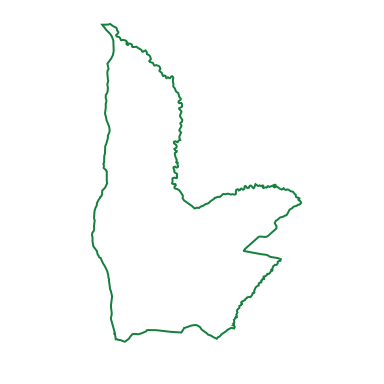 the district of Lisala, Équateur, Democratic Republic of the Congo, rotated 97°
{"feature_id": "63176286B55618881730154", "entity_name": "Lisala", "entity_type": "district", "adm_level": 2, "iso_a3": "COD", "parent_name": "Democratic Republic of the Congo", "parent_adm1": "Équateur", "projection": "orthographic", "projection_center": [20.812, 2.549], "detail": "fine", "context": "isolated", "style": "outline", "palette": "green", "viewbox_px": 384, "rotation_deg": 97, "n_neighbors": 0, "source": "geoboundaries", "source_scale": "gbopen_adm2", "svg_char_len": 6032}
<svg xmlns="http://www.w3.org/2000/svg" viewBox="0 0 384 384"><g transform="rotate(97 192 192)"><path d="M347.5,249.7L347.2,248.8L347.7,247.4L347.7,245.0L348.8,240.8L348.6,240.2L345.3,236.7L343.3,235.8L340.4,233.8L339.9,232.3L339.7,227.8L338.3,224.7L335.9,220.6L334.5,219.7L333.5,210.7L333.4,197.2L332.8,185.5L329.5,183.8L327.8,183.2L327.7,182.5L324.7,176.5L323.8,173.5L323.6,171.7L324.0,169.9L325.0,167.7L327.4,165.6L330.4,160.1L331.5,158.9L332.4,155.1L333.4,153.4L334.6,149.5L332.9,148.5L332.3,147.3L330.7,145.9L329.6,145.4L327.4,142.7L325.4,140.6L324.7,140.3L322.2,136.7L322.0,136.1L322.4,133.7L321.4,133.2L320.3,133.3L319.6,134.0L319.3,135.1L318.4,134.2L317.6,134.3L317.4,134.9L316.3,134.1L313.8,134.8L313.3,134.3L311.8,133.8L310.9,132.2L310.5,132.3L310.2,133.1L309.3,132.5L308.2,133.1L306.1,132.2L304.7,132.9L303.2,132.6L301.3,130.9L299.4,131.1L298.3,129.6L297.6,129.5L297.1,128.7L296.6,128.7L296.2,129.5L295.6,129.7L294.9,129.4L292.7,126.2L291.7,126.0L290.4,124.5L289.9,124.4L289.1,122.4L289.2,121.1L286.6,119.6L285.0,119.5L284.8,118.3L284.0,117.8L282.8,118.3L278.8,117.1L277.3,115.6L276.7,114.5L276.2,114.4L275.6,114.7L273.9,114.1L273.3,112.3L272.7,112.1L272.5,112.5L271.3,112.4L270.4,111.3L269.5,111.2L269.5,110.1L268.9,110.3L268.5,109.9L267.7,110.5L267.2,110.6L266.5,108.8L264.9,107.3L264.1,107.3L264.0,105.9L262.5,104.6L260.9,104.0L260.3,102.7L259.7,102.6L259.3,103.6L258.7,103.0L255.8,102.3L254.2,100.8L254.2,99.8L253.7,98.8L252.0,98.2L251.0,98.4L250.2,97.8L249.5,95.9L247.8,95.7L247.1,99.2L246.9,106.2L245.3,110.0L245.3,115.3L244.3,132.4L244.1,133.3L243.8,133.4L241.7,132.1L228.3,120.3L227.9,119.1L227.7,114.3L227.3,112.4L226.3,111.2L217.9,103.8L215.9,103.9L212.8,106.1L210.3,105.3L209.3,103.9L206.6,101.5L205.1,97.9L204.1,97.0L203.7,95.7L202.9,95.0L197.7,93.0L195.9,90.7L194.1,89.3L193.0,86.5L191.7,85.3L191.7,84.5L190.7,83.1L189.8,82.5L189.0,82.5L187.7,83.8L187.1,85.2L186.4,85.5L185.5,84.5L185.1,84.6L184.7,85.9L184.5,87.7L184.1,88.2L182.0,88.8L181.0,90.3L179.4,91.8L179.2,94.2L178.0,96.4L177.8,97.5L178.5,99.0L177.9,101.0L177.1,101.5L178.6,103.1L178.3,104.7L176.2,108.7L177.4,110.7L177.0,111.6L176.5,111.6L175.4,110.1L174.8,110.0L174.6,110.5L177.5,115.6L176.9,117.4L177.1,117.7L178.1,118.0L178.6,118.6L178.4,119.5L178.6,120.4L179.4,121.5L179.2,122.0L178.6,122.3L177.0,122.2L177.0,123.0L177.7,124.2L177.2,125.8L177.9,126.6L177.9,127.4L176.5,129.9L180.2,130.8L180.7,131.5L178.6,134.1L178.5,135.1L179.7,135.9L180.8,136.0L181.3,137.1L181.0,138.2L179.8,139.1L179.6,139.7L179.9,140.4L182.3,140.5L183.1,140.9L183.5,141.6L182.6,143.5L183.0,144.2L184.1,144.6L184.8,145.7L183.8,146.6L183.7,147.1L184.5,148.3L186.6,148.6L187.7,148.2L188.7,148.3L189.4,149.1L189.2,151.4L189.8,153.2L189.3,155.7L189.4,156.8L190.2,158.4L190.1,160.1L190.5,161.2L193.0,163.2L193.6,164.0L193.4,164.6L194.2,166.8L194.9,167.9L195.0,168.7L196.4,169.6L198.9,172.5L201.2,174.4L202.6,177.4L204.2,179.0L204.9,180.7L205.9,182.1L206.9,182.9L207.0,184.9L208.0,187.5L206.0,190.2L201.4,198.8L199.4,200.5L196.9,200.6L196.4,200.9L192.8,203.9L191.7,205.1L190.9,207.0L190.5,209.4L190.1,209.9L188.9,210.0L187.3,208.9L186.4,209.3L186.1,209.7L186.5,211.1L186.2,212.4L185.8,212.9L184.2,212.5L181.0,213.1L180.3,212.3L179.9,211.1L180.2,209.2L179.6,208.5L177.7,209.1L176.2,208.9L175.7,209.2L174.7,211.6L174.0,212.1L172.6,212.1L170.4,213.4L169.5,213.2L168.9,211.9L169.6,210.6L169.5,209.8L168.7,209.0L167.7,209.1L166.5,209.8L164.6,209.7L164.4,210.0L164.7,210.9L164.4,211.3L162.1,211.0L159.4,212.6L156.6,213.7L155.3,213.7L154.0,212.1L153.3,212.1L153.3,212.6L152.6,213.7L151.5,214.7L150.1,213.1L149.5,212.8L148.3,212.8L146.9,213.9L146.1,215.6L144.5,216.1L144.0,215.6L143.7,214.7L144.4,212.8L144.3,212.3L142.7,211.7L141.8,210.0L139.6,211.3L138.2,211.2L134.3,210.1L132.6,212.1L131.5,212.0L128.2,210.6L127.2,210.6L125.8,211.8L125.2,212.0L123.4,210.5L121.6,210.4L118.3,213.1L117.3,213.2L113.7,212.2L112.9,212.6L111.0,215.0L110.4,215.0L109.0,212.8L108.4,212.3L106.0,212.6L104.9,213.5L105.4,215.5L104.6,216.4L103.6,216.3L101.9,214.6L100.9,214.4L99.1,216.2L95.4,217.7L94.8,219.2L94.0,220.2L91.2,221.7L89.9,223.2L89.3,223.5L86.8,223.6L85.2,224.4L80.6,224.6L79.8,225.2L79.5,225.9L79.8,226.5L81.6,227.6L81.7,228.4L81.1,229.8L82.1,231.2L81.7,231.8L80.5,232.1L80.0,232.5L79.7,233.4L80.4,234.5L80.3,235.0L77.4,236.6L75.9,239.0L75.3,239.1L73.4,238.4L71.5,239.6L71.1,240.1L70.4,242.8L71.0,244.4L70.9,245.1L68.7,246.5L68.0,249.7L67.5,250.3L66.8,250.3L65.2,249.0L63.7,249.5L62.3,250.3L61.6,251.1L60.6,253.5L58.8,253.9L57.2,255.3L57.8,256.7L58.6,257.3L58.8,258.1L58.5,258.8L57.5,259.3L56.8,260.2L55.5,263.4L54.6,264.6L55.4,268.6L55.0,269.2L53.8,269.3L52.8,269.9L52.3,271.6L52.4,272.5L52.8,273.0L54.0,273.6L53.7,274.4L53.4,274.9L51.7,275.2L51.8,274.1L50.0,275.7L49.6,276.9L49.4,279.2L50.0,280.5L49.9,281.1L48.0,282.1L47.1,283.1L46.9,285.4L45.9,286.4L45.3,286.3L43.2,284.6L42.2,284.6L40.7,286.1L38.7,286.7L38.0,287.7L36.9,290.8L35.2,293.7L36.1,295.9L36.9,301.5L41.8,296.6L45.1,292.4L47.8,290.3L51.4,288.5L61.5,286.9L65.8,287.2L69.6,288.6L74.9,291.6L80.1,289.8L82.1,290.6L84.0,290.6L90.6,289.2L91.7,288.7L95.6,289.2L98.6,288.2L101.9,288.0L104.1,288.3L106.2,289.4L109.3,289.1L110.9,288.3L112.3,288.0L115.1,288.4L118.1,287.9L124.7,287.9L129.6,286.0L130.8,285.8L137.0,282.3L140.0,281.4L142.6,281.2L146.2,282.3L149.1,282.1L154.8,283.0L157.0,283.7L164.6,283.1L166.8,283.5L173.5,282.8L174.8,283.4L176.2,282.7L178.9,282.6L181.1,279.6L181.8,279.5L182.0,279.1L191.0,278.0L193.6,277.3L198.1,278.7L201.7,281.3L205.4,280.9L207.6,281.7L208.1,282.5L209.6,282.8L211.0,283.7L214.6,285.0L217.3,284.9L218.9,285.7L222.6,286.4L227.9,286.2L230.4,285.9L232.1,285.1L237.8,285.1L240.3,284.6L242.3,284.7L244.8,286.0L247.0,286.0L249.0,285.2L253.2,284.7L257.9,283.3L262.3,279.1L265.2,278.2L266.7,276.9L268.2,276.1L268.6,274.7L273.7,271.6L276.2,269.5L280.8,266.5L285.1,264.9L286.6,264.7L288.4,263.8L289.9,263.7L299.2,261.2L299.8,260.6L305.3,258.6L314.2,258.6L316.9,258.2L322.0,256.9L324.3,256.8L327.4,257.2L340.1,251.9L342.4,251.8L342.5,251.6L342.1,251.2L347.5,249.7Z" fill="none" stroke="#15803d" stroke-width="2"/></g></svg>